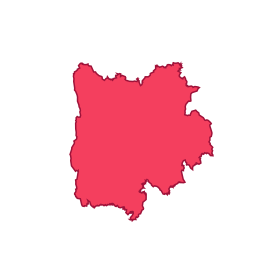 Katha, Sagaing, Myanmar (Albers equal-area conic projection), rotated 326°
{"feature_id": "60261553B54197947879165", "entity_name": "Katha", "entity_type": "district", "adm_level": 2, "iso_a3": "MMR", "parent_name": "Myanmar", "parent_adm1": "Sagaing", "projection": "albers", "projection_center": [95.892, 24.22], "detail": "fine", "context": "isolated", "style": "filled", "palette": "rose", "viewbox_px": 256, "rotation_deg": 326, "n_neighbors": 0, "source": "geoboundaries", "source_scale": "gbopen_adm2", "svg_char_len": 5876}
<svg xmlns="http://www.w3.org/2000/svg" viewBox="0 0 256 256"><g transform="rotate(326 128 128)"><path d="M198.3,99.1L196.6,97.8L195.7,97.7L194.6,98.5L193.6,98.4L193.0,99.1L191.7,98.0L192.0,97.4L191.2,96.1L188.1,95.3L187.8,94.0L186.7,93.5L187.2,92.4L186.9,92.2L186.5,93.1L185.9,92.7L185.6,92.0L184.0,94.5L181.1,94.9L180.7,95.9L177.0,95.3L175.9,96.7L174.1,96.9L173.4,96.9L170.9,95.2L170.0,95.9L166.2,96.9L165.4,98.0L165.7,98.3L163.6,99.8L162.1,99.8L162.9,95.7L163.6,95.3L163.2,94.4L163.9,92.2L162.6,92.3L162.8,93.3L163.3,93.4L161.4,94.5L159.6,92.7L158.2,92.3L155.2,90.0L153.1,87.4L152.8,86.0L154.1,85.3L154.4,83.9L152.5,81.1L150.7,81.1L152.2,79.1L151.4,78.2L150.6,78.2L149.5,77.0L149.7,78.1L148.3,78.2L147.5,77.5L146.7,78.0L146.5,79.9L144.0,79.0L143.1,79.5L142.9,78.9L141.8,79.6L141.6,78.4L140.6,78.2L140.5,77.3L139.7,77.1L139.6,74.0L138.5,75.0L137.5,74.7L135.1,75.3L134.1,73.0L135.0,71.3L135.0,70.7L133.2,68.4L132.3,65.1L132.4,63.4L130.9,62.3L132.0,56.1L130.4,54.7L130.1,53.5L130.6,52.6L128.7,52.1L126.6,50.5L125.9,49.6L126.5,49.3L126.1,48.5L124.7,47.8L121.9,48.6L121.5,51.3L118.9,51.0L118.6,51.5L117.2,51.8L115.0,51.6L114.0,52.9L113.2,52.6L112.5,53.9L111.8,54.4L110.7,57.0L109.1,59.0L106.1,65.2L104.9,66.7L105.1,68.3L104.3,72.1L103.5,74.1L101.1,77.6L100.2,81.3L99.3,83.2L99.1,85.1L98.1,87.2L97.1,87.7L95.8,91.0L94.4,92.2L92.9,91.3L92.3,90.1L90.6,90.6L90.0,91.9L88.8,92.6L88.6,94.0L87.4,94.6L84.2,99.5L82.7,102.6L80.7,105.3L80.7,106.7L79.4,108.2L78.9,108.5L75.8,108.6L75.8,109.5L74.7,110.9L70.5,112.8L69.6,114.0L65.1,117.6L65.1,118.4L63.8,121.3L62.3,123.0L60.0,127.8L60.3,134.5L61.4,134.3L62.2,135.6L62.9,135.4L62.6,136.1L57.1,141.9L55.5,141.8L54.7,143.5L53.3,145.4L52.5,148.1L51.5,149.8L50.4,149.5L49.9,150.8L48.9,151.8L47.3,152.3L46.7,153.2L46.9,153.8L46.3,155.8L46.7,156.4L46.5,157.5L47.0,158.4L48.9,160.0L46.7,165.8L46.6,167.2L47.8,168.5L48.6,168.2L50.1,169.6L51.7,168.0L52.0,168.5L52.7,168.7L52.6,168.3L53.9,166.8L54.2,165.6L55.0,167.8L54.1,171.4L54.6,173.4L55.1,173.5L54.8,173.9L55.0,174.2L55.3,174.0L55.7,174.8L55.5,175.3L55.9,175.3L56.3,174.7L58.2,174.8L58.8,175.3L59.3,175.0L60.3,176.3L61.8,176.1L62.5,176.7L62.9,176.4L63.0,176.9L64.2,177.6L64.4,178.6L65.2,178.7L65.4,179.3L66.4,179.0L66.9,180.4L68.4,180.2L68.8,181.0L68.8,180.5L69.5,181.0L70.2,180.8L70.2,181.5L70.9,181.0L71.4,182.1L72.0,181.6L72.4,182.4L73.1,182.1L73.4,182.7L72.5,183.3L73.7,184.1L73.7,185.8L74.5,186.5L75.1,186.2L75.9,186.3L75.9,188.4L77.0,189.8L80.6,191.1L80.5,191.8L78.5,192.2L78.5,192.5L80.1,193.1L79.6,194.2L81.1,194.9L80.1,196.2L78.9,197.0L79.5,199.8L81.4,199.3L83.5,200.6L84.1,200.3L83.9,199.7L82.5,199.6L82.5,199.1L83.1,198.7L85.3,199.9L85.4,200.2L84.6,201.8L82.4,203.0L80.0,203.6L79.1,205.3L78.3,204.8L78.5,205.4L80.1,206.2L79.7,207.2L81.5,206.9L83.3,208.2L83.4,207.6L84.8,206.5L85.1,206.4L85.8,207.4L87.4,207.1L88.3,205.7L89.4,205.6L90.4,206.1L93.7,203.9L95.2,204.0L96.0,203.2L96.4,200.6L98.8,197.9L103.0,197.4L105.7,193.5L105.2,193.6L105.3,193.1L106.0,191.9L105.3,191.9L105.3,191.6L105.9,190.0L105.2,190.2L105.3,189.6L104.4,189.3L103.9,189.8L102.8,189.3L102.5,188.1L101.8,187.7L101.7,187.1L102.3,186.6L103.4,187.1L103.5,186.3L104.0,186.0L105.6,186.2L106.6,185.8L107.6,186.6L107.4,185.9L107.8,185.9L107.9,185.3L107.3,185.4L108.2,184.1L108.5,184.8L108.3,183.2L109.1,183.5L108.6,182.5L109.3,182.7L109.2,182.2L109.8,182.3L110.0,183.4L110.5,183.1L111.4,183.8L111.8,182.9L112.6,182.8L112.1,182.5L113.3,181.7L113.3,181.3L113.7,181.7L114.9,181.3L115.5,182.7L115.0,184.0L116.0,187.7L115.6,188.5L116.1,190.8L117.6,190.8L119.4,192.7L119.8,193.8L120.3,196.1L119.9,197.1L120.5,198.5L120.2,202.3L121.1,203.3L121.9,202.9L122.6,203.9L123.3,203.8L123.3,205.2L124.3,204.5L124.6,204.9L124.6,204.4L125.3,204.1L125.9,205.2L126.5,204.6L126.6,203.6L127.4,203.3L127.7,201.4L130.4,200.2L130.4,200.6L131.1,200.5L130.9,201.1L131.5,201.7L132.2,201.6L132.3,202.2L133.0,201.3L133.6,202.0L134.2,201.4L134.8,201.9L135.2,201.3L138.3,201.8L139.3,201.2L140.0,201.7L140.3,201.4L141.2,202.3L140.9,202.5L143.6,204.5L144.9,204.8L145.1,201.2L148.0,193.8L149.0,193.2L150.1,194.3L150.7,193.4L152.2,192.6L152.7,190.8L153.2,190.5L153.0,190.0L151.8,189.4L151.9,189.0L152.7,188.4L153.1,187.5L155.6,186.1L157.5,186.5L156.8,188.5L157.2,189.5L156.0,191.1L156.0,191.5L157.0,191.7L158.0,193.1L157.5,196.2L158.3,198.6L159.3,197.0L160.7,195.9L161.5,196.1L162.9,195.7L163.1,196.1L164.0,196.1L164.9,195.1L165.4,195.4L165.2,196.4L166.0,196.7L166.6,197.7L168.8,197.8L169.8,195.8L169.9,194.5L170.9,194.1L171.1,193.6L170.4,192.4L171.8,191.9L172.5,192.5L173.2,192.2L174.0,191.0L175.2,190.6L175.5,191.6L176.0,191.5L176.2,192.0L177.7,191.4L178.8,193.1L179.3,192.8L180.1,193.4L180.9,195.0L180.9,196.9L182.9,198.5L183.3,197.6L183.0,197.3L183.4,196.5L183.3,195.8L185.5,194.0L185.6,192.3L187.4,191.4L186.8,187.5L187.3,187.2L187.5,186.5L187.4,184.8L189.0,184.0L190.7,181.5L192.4,181.5L194.3,179.7L195.0,178.6L197.0,172.0L197.5,171.2L199.4,171.0L199.5,169.8L198.8,166.7L197.9,165.4L196.7,165.1L196.1,164.5L196.2,161.6L194.3,157.1L195.1,155.0L194.3,152.7L194.1,151.1L190.3,149.9L188.0,151.1L186.7,152.2L185.2,151.1L184.4,151.1L182.5,148.7L184.0,147.2L184.8,145.6L186.3,144.5L187.3,142.4L189.1,140.8L192.7,139.7L193.6,139.7L194.2,140.5L195.3,140.7L197.1,137.5L199.1,134.9L201.0,134.5L205.9,135.9L208.2,134.5L209.7,134.4L209.0,133.2L206.6,131.0L204.7,130.7L204.9,130.2L203.9,128.6L200.9,127.3L201.1,126.1L200.3,126.1L200.0,125.4L201.0,123.8L201.8,123.6L202.8,122.3L202.8,120.1L203.3,119.1L203.5,117.2L201.5,117.2L200.9,117.8L200.3,117.0L199.4,114.1L199.9,113.1L200.9,112.4L202.8,111.7L201.3,108.8L202.6,108.6L203.7,109.1L203.5,108.1L203.9,107.5L204.3,108.1L205.1,107.8L206.7,108.2L206.4,106.8L207.3,106.2L207.0,105.3L207.6,105.0L207.1,104.9L207.4,104.4L206.3,105.0L206.2,104.2L206.6,103.7L206.0,102.0L203.9,101.1L202.5,100.0L202.3,99.4L201.7,99.3L200.7,100.9L200.4,100.3L198.7,100.5L198.3,99.1Z" fill="#f43f5e" stroke="#9f1239" stroke-width="1.5"/></g></svg>